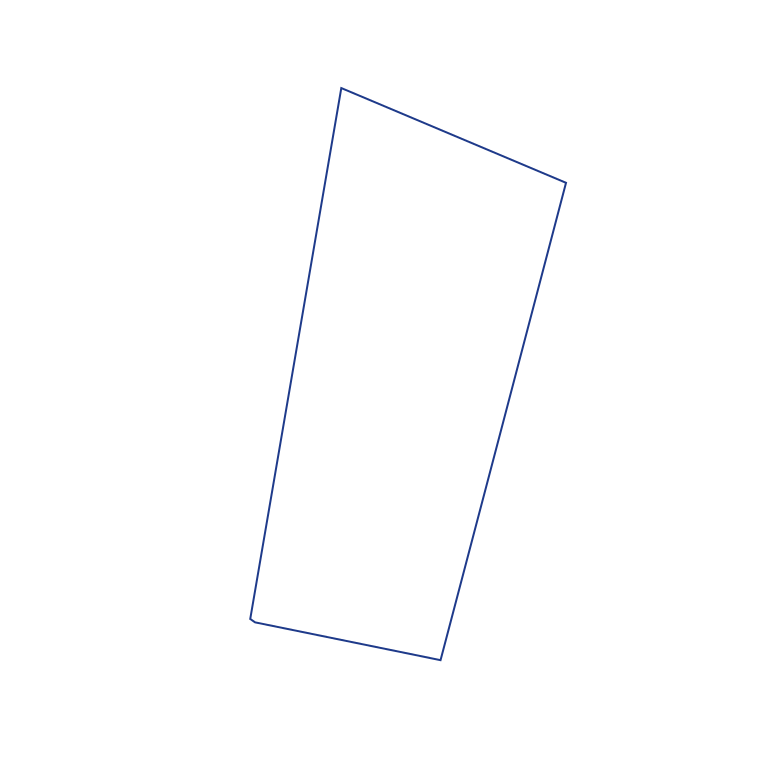 the district of 50, Al Wakrah, Qatar, rotated 125°
{"feature_id": "91078587B62879560621739", "entity_name": "50", "entity_type": "district", "adm_level": 2, "iso_a3": "QAT", "parent_name": "Qatar", "parent_adm1": "Al Wakrah", "projection": "natural_earth1", "projection_center": [51.562, 25.219], "detail": "fine", "context": "isolated", "style": "outline", "palette": "blue", "viewbox_px": 768, "rotation_deg": 125, "n_neighbors": 0, "source": "geoboundaries", "source_scale": "gbopen_adm2", "svg_char_len": 286}
<svg xmlns="http://www.w3.org/2000/svg" viewBox="0 0 768 768"><g transform="rotate(125 384 384)"><path d="M653.2,358.8L653.2,352.9L577.8,179.3L575.3,180.2L354.2,261.8L114.8,350.3L162.8,573.5L165.3,585.1L166.1,588.7L653.2,358.8Z" fill="none" stroke="#1e3a8a" stroke-width="2"/></g></svg>